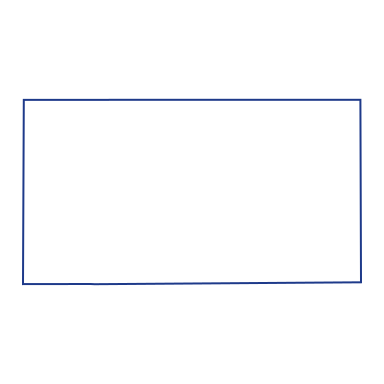 outline of Jerauld, South Dakota, United States of America
{"feature_id": "52423323B74186214506523", "entity_name": "Jerauld", "entity_type": "district", "adm_level": 2, "iso_a3": "USA", "parent_name": "United States of America", "parent_adm1": "South Dakota", "projection": "robinson", "projection_center": [-98.691, 44.066], "detail": "fine", "context": "isolated", "style": "outline", "palette": "blue", "viewbox_px": 384, "rotation_deg": 0, "n_neighbors": 0, "source": "geoboundaries", "source_scale": "gbopen_adm2", "svg_char_len": 215}
<svg xmlns="http://www.w3.org/2000/svg" viewBox="0 0 384 384"><path d="M151.6,99.8L23.8,99.9L23.0,284.1L90.7,284.0L94.5,284.2L361.0,282.3L360.4,99.8L151.6,99.8Z" fill="none" stroke="#1e3a8a" stroke-width="2"/></svg>